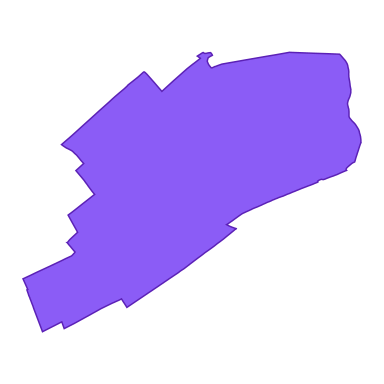 outline of Ciohorani, Iasi, Romania
{"feature_id": "2599482B37137695584256", "entity_name": "Ciohorani", "entity_type": "district", "adm_level": 2, "iso_a3": "ROU", "parent_name": "Romania", "parent_adm1": "Iasi", "projection": "mercator", "projection_center": [26.705, 47.134], "detail": "fine", "context": "isolated", "style": "filled", "palette": "violet", "viewbox_px": 384, "rotation_deg": 0, "n_neighbors": 0, "source": "geoboundaries", "source_scale": "gbopen_adm2", "svg_char_len": 5524}
<svg xmlns="http://www.w3.org/2000/svg" viewBox="0 0 384 384"><path d="M339.6,54.2L327.2,53.7L314.7,53.3L290.5,52.4L289.6,52.3L275.6,54.8L267.7,56.1L245.8,59.9L221.9,64.1L218.8,65.2L218.0,65.5L217.6,65.6L215.7,66.4L214.7,66.6L214.3,66.8L213.7,67.1L212.2,67.8L211.2,67.8L210.0,66.4L208.6,64.5L208.1,63.4L207.5,62.0L207.3,61.6L207.3,61.0L207.3,60.9L207.6,59.6L207.9,58.5L208.1,58.1L208.3,57.6L208.5,57.5L210.6,56.2L211.5,55.8L212.4,55.3L212.0,54.4L211.3,53.4L210.9,52.9L210.4,52.6L209.0,52.8L208.1,52.9L207.3,53.1L206.5,53.3L205.3,53.4L204.6,53.4L203.1,52.5L201.6,53.3L200.3,54.2L199.5,54.7L198.5,55.3L197.3,56.1L198.2,56.7L198.7,57.1L199.0,57.3L199.8,57.8L200.3,58.2L200.4,58.3L200.2,58.5L193.9,63.4L192.9,64.1L187.1,68.7L181.8,73.4L173.0,81.2L164.7,88.8L161.9,91.4L154.4,82.7L146.8,74.1L145.0,72.4L144.5,72.1L144.1,71.9L143.9,72.0L143.5,72.1L138.3,76.8L133.2,80.9L128.1,84.9L127.0,86.2L124.2,88.8L119.2,93.0L115.0,96.6L112.0,99.3L109.1,102.0L105.3,105.4L102.4,108.0L99.9,110.2L98.9,111.1L91.0,118.3L84.9,123.8L72.0,135.5L66.8,140.0L61.5,144.6L63.1,145.8L65.3,147.3L66.4,148.0L67.7,148.6L68.3,148.9L69.3,149.4L71.0,150.3L71.7,150.7L72.5,151.3L73.7,152.4L74.4,153.2L75.9,154.5L76.6,155.1L79.4,158.5L80.9,160.4L83.7,163.5L75.9,170.6L81.9,177.7L82.3,178.2L84.2,180.5L85.3,182.1L86.1,183.2L86.9,184.2L87.6,185.2L88.1,186.0L88.3,186.2L89.0,187.2L89.7,188.1L90.8,189.6L91.9,191.1L94.2,193.9L94.6,194.4L88.4,199.3L82.0,204.3L77.1,208.2L72.9,211.5L71.7,212.4L70.5,213.3L68.1,215.1L71.9,222.0L76.1,229.5L77.6,232.3L71.8,237.7L70.0,239.4L69.8,239.6L68.6,241.0L67.3,242.7L67.2,242.7L67.4,242.9L68.8,244.7L70.3,246.4L71.0,247.2L71.1,247.4L72.8,249.4L74.2,251.1L74.5,251.4L75.0,252.0L74.8,252.5L72.7,254.8L71.6,255.9L65.7,258.6L61.7,260.6L48.8,266.7L36.3,272.5L29.7,275.7L23.0,278.8L27.8,289.5L26.9,289.9L28.2,293.6L28.8,295.5L29.8,297.8L30.1,298.8L30.7,300.2L31.7,302.9L33.1,306.5L33.4,307.5L33.7,308.4L42.5,331.7L60.9,322.3L61.8,321.9L64.2,328.6L75.1,323.0L83.8,318.2L91.6,313.9L100.9,308.7L107.2,305.6L112.8,302.9L113.6,302.6L116.2,301.4L119.2,300.1L120.9,299.2L121.0,299.2L121.5,298.9L123.3,301.8L124.5,303.6L125.0,304.4L126.9,307.4L142.0,297.2L147.9,293.2L152.4,290.2L160.2,284.9L168.7,279.1L173.6,275.8L177.8,273.0L178.7,272.4L179.4,271.8L180.3,271.1L181.2,270.5L184.0,268.7L190.2,263.9L198.1,257.9L200.7,256.0L202.7,254.5L204.8,252.8L208.4,250.3L210.5,248.8L213.8,246.4L217.3,243.6L220.2,241.5L223.5,239.0L225.9,237.0L228.1,235.2L229.1,234.4L230.1,233.6L231.8,232.2L232.8,231.4L234.1,230.3L235.0,229.5L236.0,229.0L236.2,228.6L234.5,228.1L234.0,227.9L232.9,227.5L232.0,227.2L231.1,226.8L230.3,226.5L229.2,226.0L228.4,225.6L227.6,225.2L226.6,224.6L227.5,224.1L228.4,223.5L229.1,223.0L229.8,222.5L231.1,221.6L232.3,220.8L234.0,219.5L235.1,218.7L236.1,218.0L238.4,216.3L240.0,215.2L241.4,214.2L242.0,213.8L242.8,213.4L243.3,213.1L244.3,212.7L245.5,212.1L247.5,211.2L249.1,210.5L250.1,210.0L251.5,209.4L252.5,208.8L253.0,208.6L253.7,208.3L254.7,207.9L255.7,207.5L256.8,207.1L258.0,206.6L259.1,206.1L259.8,205.8L260.7,205.4L261.7,205.0L262.2,204.7L263.0,204.3L263.9,203.9L264.9,203.5L265.5,203.2L266.1,202.9L267.2,202.4L268.2,202.0L269.4,201.6L270.2,201.2L270.8,201.0L272.1,200.3L272.9,199.9L273.7,199.7L274.3,199.4L275.2,199.0L276.2,198.6L277.1,198.3L277.8,198.0L278.4,197.7L279.2,197.4L280.7,196.9L281.4,196.6L282.5,196.3L283.6,195.9L284.6,195.4L285.7,195.0L286.4,194.6L286.9,194.4L287.9,194.0L288.9,193.7L289.4,193.5L290.8,192.9L291.9,192.4L292.8,192.0L293.4,191.8L295.0,191.2L296.8,190.4L297.9,190.0L299.0,189.5L299.6,189.3L301.2,188.6L303.6,187.7L304.9,187.2L306.5,186.6L308.0,186.0L309.1,185.6L310.0,185.3L311.0,184.9L312.1,184.5L313.1,184.1L314.6,183.4L315.7,183.0L316.4,182.7L317.0,182.5L317.5,182.2L317.9,182.0L317.8,181.7L317.6,181.5L317.6,181.2L318.5,180.6L319.2,180.1L320.0,179.8L321.0,179.4L321.4,179.3L322.4,179.5L323.4,179.6L325.3,179.0L326.6,178.4L329.0,177.5L330.3,177.0L331.7,176.5L333.3,176.0L334.5,175.5L335.5,175.1L336.7,174.7L337.6,174.3L338.5,173.9L339.3,173.5L340.2,173.1L342.0,172.3L343.2,171.8L343.8,171.5L344.5,171.3L345.1,171.0L345.6,170.7L346.2,170.6L346.6,170.4L346.3,170.1L346.1,169.7L346.1,169.2L346.3,168.7L346.5,168.2L348.0,166.7L349.3,165.6L350.6,164.5L351.9,163.4L353.2,162.6L354.2,162.2L354.7,161.9L355.2,160.3L355.8,158.0L356.3,156.5L357.0,154.4L357.4,153.0L357.9,151.6L358.2,150.7L358.5,149.8L358.8,148.7L359.0,148.1L359.4,146.9L359.6,146.2L360.0,145.1L360.2,144.4L360.7,143.3L361.0,142.4L360.8,142.3L360.8,142.1L360.9,141.6L360.9,140.7L360.9,139.9L360.7,138.1L360.5,136.4L360.2,135.3L360.0,134.4L359.5,133.0L359.4,132.2L359.2,131.2L358.9,130.4L358.7,130.0L358.6,129.6L358.0,128.6L357.5,127.7L357.1,127.1L356.8,126.6L356.2,125.7L355.6,124.7L354.9,123.8L353.5,122.3L352.6,121.5L351.6,120.4L350.5,119.0L349.8,118.2L349.3,117.3L349.0,116.4L349.0,116.2L349.0,115.5L349.0,114.6L349.0,113.5L349.0,112.5L349.0,111.7L348.9,110.3L348.8,109.3L348.6,108.5L348.4,108.0L348.1,106.6L347.8,105.5L347.6,104.8L347.6,104.1L347.5,103.5L347.7,102.3L347.9,101.6L348.0,101.1L348.2,100.4L348.5,99.7L348.8,98.9L349.3,97.8L349.6,97.1L349.8,96.7L350.0,95.8L350.2,95.2L350.4,94.3L350.6,93.6L350.8,92.6L350.8,91.6L350.8,90.1L350.9,89.5L350.7,88.7L350.5,87.6L350.3,86.6L350.1,85.5L350.0,84.4L349.9,83.4L349.7,82.2L349.6,81.2L349.4,80.3L349.2,79.1L349.0,77.9L348.9,77.3L348.8,76.6L348.8,76.2L348.8,75.2L348.7,73.9L348.8,72.9L348.8,71.7L348.6,69.7L348.0,67.2L347.7,65.4L347.2,63.9L346.5,62.6L345.6,61.1L344.7,59.9L343.7,58.8L342.6,57.5L341.3,56.0L340.7,55.3L339.6,54.2Z" fill="#8b5cf6" stroke="#5b21b6" stroke-width="1.5"/></svg>